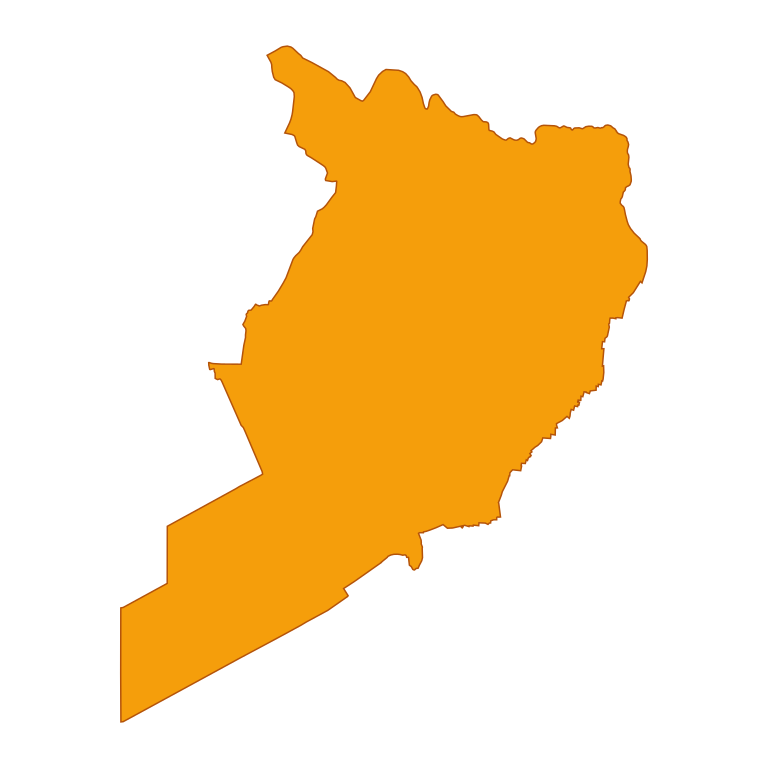 Wihan Daeng, Saraburi, Thailand
{"feature_id": "78962969B45095827197319", "entity_name": "Wihan Daeng", "entity_type": "district", "adm_level": 2, "iso_a3": "THA", "parent_name": "Thailand", "parent_adm1": "Saraburi", "projection": "robinson", "projection_center": [100.989, 14.34], "detail": "fine", "context": "isolated", "style": "filled", "palette": "amber", "viewbox_px": 768, "rotation_deg": 0, "n_neighbors": 0, "source": "geoboundaries", "source_scale": "gbopen_adm2", "svg_char_len": 6079}
<svg xmlns="http://www.w3.org/2000/svg" viewBox="0 0 768 768"><path d="M616.5,131.2L614.7,128.7L613.4,128.1L610.7,125.8L607.8,125.0L605.8,125.3L604.9,125.8L603.9,126.9L602.7,127.7L601.8,127.6L600.2,128.2L597.9,127.5L595.3,128.0L594.2,127.9L593.6,127.7L592.8,126.7L591.8,126.3L588.7,126.2L585.8,126.7L582.7,128.7L581.4,128.5L579.2,127.8L574.7,128.0L573.8,128.5L572.7,129.8L572.2,130.0L571.3,129.5L570.7,128.2L570.1,127.8L567.0,127.4L564.4,126.1L563.5,126.0L560.5,127.7L559.3,127.9L556.7,126.3L554.5,125.8L543.8,125.3L541.5,125.7L539.4,126.7L538.2,127.7L536.2,130.0L535.4,131.3L535.2,132.7L536.2,138.5L536.1,139.5L535.6,141.4L534.9,142.3L533.4,143.6L532.6,144.0L531.4,144.0L529.6,142.8L527.6,142.4L524.1,138.9L522.9,138.4L521.5,138.0L520.7,138.1L520.1,138.3L518.5,139.6L516.9,140.2L516.0,140.2L514.8,140.1L513.5,139.6L510.2,137.9L509.4,138.0L508.2,138.5L506.4,140.0L505.3,140.1L502.4,139.0L495.8,134.4L493.9,131.9L492.2,131.1L489.3,130.4L488.9,129.5L488.6,124.3L488.3,123.3L487.7,122.5L486.2,121.9L483.4,121.7L482.9,121.4L481.4,120.0L478.9,116.7L477.2,115.1L476.1,114.7L473.8,114.6L463.1,116.6L461.6,116.7L460.1,116.5L458.1,115.7L455.4,114.1L453.8,112.2L451.4,111.4L445.7,105.8L443.2,101.8L438.1,94.9L437.0,94.4L435.5,94.3L433.5,94.9L432.4,95.4L431.6,96.2L429.8,99.8L429.1,102.5L428.6,106.0L427.9,107.9L427.0,109.1L425.6,108.7L424.9,108.0L423.4,103.6L422.1,97.5L420.1,92.0L417.8,88.2L416.8,86.7L414.4,84.6L411.0,80.8L408.7,77.0L405.7,73.6L402.7,71.7L398.6,70.3L386.0,69.5L382.5,71.5L378.7,75.1L376.5,78.6L370.3,91.7L363.6,100.4L362.5,101.1L361.2,100.8L355.3,97.5L350.0,87.9L345.1,82.5L341.7,80.8L338.9,80.2L337.1,79.1L335.6,77.5L328.5,71.7L312.0,62.6L302.7,58.0L300.8,55.4L298.4,53.5L292.9,48.3L290.9,47.0L287.3,46.1L283.1,46.7L281.2,47.3L275.1,51.0L267.1,55.3L271.0,62.4L271.7,64.8L271.8,67.3L272.3,71.6L273.7,77.2L275.2,79.7L281.8,82.9L288.2,86.8L290.7,88.5L292.8,90.6L294.0,92.6L294.3,96.7L292.6,111.7L292.1,114.7L290.9,119.3L289.5,123.0L284.8,133.0L292.1,134.5L294.3,135.7L294.9,136.7L296.7,142.7L297.6,145.1L299.2,146.6L304.8,149.3L305.7,150.7L306.0,153.6L306.6,154.8L307.4,155.5L311.4,157.8L323.2,165.5L324.9,166.9L325.8,168.3L327.5,173.0L325.4,178.8L325.4,179.7L325.7,180.5L332.2,181.6L336.4,181.1L336.7,181.3L336.4,186.0L335.6,192.6L331.7,197.5L326.4,204.8L324.2,207.2L322.3,208.8L317.5,211.2L315.8,216.7L314.7,218.8L314.5,219.6L312.7,228.5L313.0,231.6L312.2,234.7L302.7,246.7L300.8,250.1L299.2,252.4L295.7,255.7L293.9,257.9L293.0,259.4L286.1,277.7L283.3,282.9L278.3,291.2L272.1,300.0L272.0,300.5L271.4,301.0L269.3,300.9L268.8,302.0L268.4,304.4L268.1,304.7L265.2,304.6L261.5,305.2L259.2,306.0L258.3,305.5L257.0,305.1L255.9,304.3L255.5,304.3L254.1,306.5L251.2,310.0L250.7,310.2L248.8,310.3L247.9,311.2L247.6,312.8L246.5,313.8L246.2,314.4L246.6,316.4L244.8,321.2L242.9,324.5L243.7,326.0L245.7,328.5L246.0,330.7L245.5,334.9L245.5,337.6L243.8,345.5L241.2,364.2L222.1,364.1L213.3,363.6L211.5,363.3L209.0,362.5L208.7,362.6L208.8,365.2L209.7,369.4L210.2,369.6L213.8,368.6L214.1,368.8L214.4,371.5L215.1,373.2L215.2,378.4L217.6,379.6L219.7,378.9L220.1,379.0L221.2,380.2L222.0,381.8L241.2,425.4L243.3,427.5L245.2,431.7L262.2,471.7L262.6,474.2L260.6,475.4L239.3,486.6L235.7,488.8L167.3,526.3L167.2,583.4L123.1,607.5L120.8,607.9L120.7,673.8L120.9,721.9L123.1,721.7L239.3,658.4L278.2,637.6L301.0,625.2L306.3,622.0L327.9,610.3L347.7,596.4L348.1,595.7L343.6,588.5L353.9,581.8L381.3,562.5L381.2,562.3L387.2,557.4L388.0,556.3L390.8,555.0L393.8,554.3L397.4,554.2L400.0,554.5L402.7,555.2L404.7,554.9L405.5,555.0L406.2,555.6L406.7,557.3L408.5,557.4L409.4,565.2L411.2,566.5L412.8,569.4L413.9,569.9L414.6,569.9L416.1,568.5L418.1,568.2L419.4,565.2L421.7,560.8L422.5,557.7L422.2,548.1L422.4,547.1L421.2,543.9L421.3,542.8L421.1,540.1L418.5,533.3L419.6,532.7L423.4,532.7L423.5,531.9L426.3,531.3L429.8,530.1L435.8,527.8L443.1,524.6L447.4,528.2L452.6,528.0L462.0,525.9L461.3,527.1L462.2,527.9L463.0,526.9L463.5,525.6L464.7,525.3L469.0,526.6L469.2,525.8L473.1,526.1L473.3,525.1L478.7,525.7L479.0,522.8L485.3,523.1L488.0,524.4L489.4,523.0L490.6,523.0L490.8,520.8L493.6,519.8L496.7,519.8L496.7,517.7L496.9,517.3L497.5,517.0L498.7,517.1L500.5,517.0L498.7,503.0L498.4,502.7L501.3,495.2L502.3,491.7L507.6,481.2L509.2,475.7L509.7,475.7L509.9,472.7L512.6,469.8L520.7,470.7L521.6,466.1L521.1,465.9L521.5,463.3L525.3,463.5L526.3,459.8L527.5,460.5L528.2,458.2L528.8,457.4L530.3,456.7L530.0,456.4L531.1,455.4L529.8,453.5L531.9,451.9L531.0,450.7L535.1,447.1L537.7,445.5L541.6,441.7L542.8,437.9L550.5,438.5L550.8,436.4L550.8,434.3L555.2,435.0L555.4,428.0L557.4,427.9L556.6,425.4L556.5,423.6L562.3,420.5L567.0,416.4L569.3,418.3L570.0,416.1L570.3,412.8L571.2,409.4L573.6,410.2L574.6,406.0L577.6,406.6L578.0,405.0L578.9,405.1L579.5,402.2L577.7,402.1L577.7,401.4L578.3,401.4L578.2,400.1L580.8,400.3L581.0,396.2L582.8,396.7L584.1,391.8L586.1,392.0L586.1,392.5L589.4,393.6L590.3,390.9L596.1,390.2L596.2,386.1L598.2,386.6L598.4,384.3L601.0,384.9L601.9,380.8L602.6,381.0L603.1,379.1L603.8,372.4L603.6,365.8L602.4,366.1L603.9,348.7L601.7,348.7L602.5,341.6L604.6,341.8L605.0,338.3L606.8,336.9L607.4,336.0L609.3,327.1L608.8,324.6L608.9,323.7L609.5,323.2L609.8,319.2L610.1,318.1L613.0,318.1L615.8,318.7L615.8,317.8L617.6,317.6L622.1,318.1L624.1,309.5L626.2,301.7L626.3,301.0L627.7,300.6L628.6,300.8L629.1,300.6L629.1,299.8L629.5,299.0L628.6,297.3L633.3,292.7L640.4,281.4L642.0,282.9L645.7,271.7L646.9,265.9L647.3,259.5L647.2,250.6L646.8,246.6L646.2,245.4L645.4,244.4L641.6,241.3L640.7,240.3L640.0,238.7L634.1,233.1L630.5,228.5L628.3,224.6L627.2,221.4L625.4,214.5L624.5,209.7L623.9,207.4L623.2,206.4L621.8,205.3L620.2,203.2L620.2,201.9L620.8,199.0L621.7,197.9L622.3,196.7L623.3,192.2L624.8,190.6L625.3,189.7L625.5,187.7L626.8,186.6L628.5,185.9L630.0,184.8L631.2,181.4L631.3,179.9L631.0,175.9L629.9,171.0L630.1,170.1L630.0,169.0L629.8,168.3L629.0,167.6L628.2,164.2L628.9,157.3L628.6,155.0L627.5,153.1L627.3,151.2L627.5,149.2L628.3,146.5L628.6,144.5L627.9,141.9L627.0,140.4L627.0,138.7L626.3,137.3L625.2,136.4L623.6,135.4L618.7,133.7L617.6,132.9L616.4,131.4L616.5,131.2Z" fill="#f59e0b" stroke="#b45309" stroke-width="1.5"/></svg>